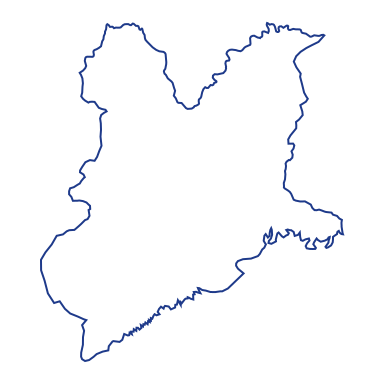 Dinguiraye, Dinguiraye, Guinea
{"feature_id": "49546643B8348239056405", "entity_name": "Dinguiraye", "entity_type": "district", "adm_level": 2, "iso_a3": "GIN", "parent_name": "Guinea", "parent_adm1": "Dinguiraye", "projection": "robinson", "projection_center": [-10.609, 11.571], "detail": "fine", "context": "isolated", "style": "outline", "palette": "blue", "viewbox_px": 384, "rotation_deg": 0, "n_neighbors": 0, "source": "geoboundaries", "source_scale": "gbopen_adm2", "svg_char_len": 5844}
<svg xmlns="http://www.w3.org/2000/svg" viewBox="0 0 384 384"><path d="M180.7,305.0L180.7,302.1L181.8,303.2L184.6,299.5L185.5,298.7L187.7,298.4L187.7,297.2L189.0,297.7L190.6,298.7L193.3,299.5L193.1,294.6L194.6,294.3L193.8,292.0L196.1,291.8L197.8,292.5L200.4,293.2L198.7,290.0L197.9,288.0L199.4,288.2L202.2,290.0L205.8,290.6L210.4,292.0L215.1,292.1L220.5,291.3L222.3,291.3L227.9,288.5L243.6,273.4L238.8,269.4L237.9,268.6L236.1,265.7L236.2,263.4L237.9,261.1L243.0,259.2L251.0,258.6L257.9,256.1L259.8,254.0L262.2,249.5L264.3,247.7L265.9,244.3L264.9,242.9L263.7,240.8L264.4,235.7L265.7,234.1L267.9,237.5L269.5,235.9L269.7,233.0L270.3,230.0L271.2,228.2L271.8,229.9L272.1,234.8L270.9,238.6L268.9,240.9L268.5,243.0L271.4,243.8L276.0,241.4L275.8,239.6L276.8,235.4L277.4,233.4L278.6,232.5L281.9,236.3L283.6,237.4L286.1,235.5L288.0,234.7L288.8,233.2L286.3,230.0L287.7,229.5L289.8,230.2L291.2,230.2L293.7,232.0L294.7,235.9L298.0,234.9L299.8,232.5L300.2,237.1L301.0,240.2L302.8,240.8L305.4,239.4L308.9,238.5L309.5,240.5L307.0,243.4L305.7,246.1L306.7,248.3L309.6,248.9L312.8,249.0L315.3,248.9L315.9,247.9L313.3,244.2L314.2,242.1L316.6,238.5L317.9,240.0L320.7,241.7L324.7,240.7L327.6,239.2L328.6,237.4L329.7,237.0L329.5,238.3L328.7,240.5L328.4,242.7L325.5,246.8L326.4,247.9L328.0,247.4L331.1,245.4L332.7,242.4L333.0,239.4L333.0,236.9L334.6,235.7L337.0,234.1L337.1,233.1L337.5,231.7L338.8,230.9L339.6,232.6L340.9,233.7L341.7,234.1L343.0,234.3L342.6,233.2L341.6,226.7L341.6,225.0L341.5,224.1L341.5,222.4L341.9,219.9L339.3,218.5L337.0,215.9L333.0,214.7L331.5,212.6L326.1,212.0L324.6,211.6L321.5,210.4L319.1,209.6L316.6,210.2L314.5,210.1L312.3,207.9L310.8,204.6L305.0,201.4L300.3,201.5L295.8,200.6L293.7,199.7L291.2,193.9L289.8,191.9L288.0,190.5L284.7,188.4L283.9,187.5L284.0,186.3L283.8,183.0L285.0,179.4L285.4,174.3L285.0,171.0L285.7,169.0L286.0,166.0L285.6,163.5L286.6,161.7L288.8,160.0L289.9,160.2L292.3,157.7L292.7,154.7L291.5,151.3L293.5,148.6L294.3,145.4L293.1,143.6L288.5,143.7L288.2,139.4L290.4,135.5L296.2,128.3L296.3,125.3L296.0,122.0L299.1,119.5L302.7,115.1L302.3,111.5L300.3,105.2L305.9,101.7L307.8,98.8L306.2,96.4L304.1,92.6L302.0,84.0L300.1,76.8L300.7,73.6L296.4,67.3L293.8,61.6L296.2,56.2L300.6,51.8L306.4,48.0L311.8,45.2L318.5,41.9L324.3,35.4L323.3,34.8L321.5,35.0L319.6,35.8L318.4,35.9L314.2,35.3L311.5,36.6L310.2,36.7L306.0,33.7L302.3,32.9L301.6,32.3L300.7,29.9L299.7,29.4L295.6,29.3L293.2,28.9L290.1,30.0L288.8,29.8L288.2,29.1L287.9,28.0L288.2,26.2L287.7,25.7L286.5,25.7L283.4,27.8L281.3,26.3L279.8,26.4L278.8,27.1L278.5,28.5L279.2,31.0L278.5,31.9L277.4,32.0L276.2,31.4L274.9,26.6L273.9,24.8L273.1,24.3L271.4,24.1L269.8,24.7L267.7,23.2L267.1,23.0L266.7,24.3L266.9,25.6L268.7,29.0L268.8,31.1L268.1,32.9L264.3,31.4L262.8,31.6L262.2,32.2L262.3,35.9L261.7,36.9L259.9,37.7L259.9,38.0L257.6,37.5L254.2,35.7L252.4,35.9L250.9,36.7L250.1,38.2L250.5,43.8L250.2,44.8L245.6,46.8L244.4,47.7L242.3,50.2L240.6,51.2L238.1,50.8L235.9,50.1L232.0,49.6L230.0,49.8L228.3,50.7L227.0,52.1L226.5,53.8L227.4,55.3L229.1,57.9L229.5,59.6L229.1,60.5L226.5,60.9L225.8,61.6L225.4,63.4L226.1,66.8L225.9,67.5L226.1,68.3L225.5,70.6L223.3,73.1L217.4,74.4L214.6,74.2L213.0,75.6L212.8,77.7L214.4,79.8L216.3,81.1L216.5,81.8L216.1,82.3L214.2,82.9L213.3,84.8L212.2,85.3L210.6,85.0L208.2,87.9L206.8,88.0L205.2,87.2L203.4,89.2L202.2,92.2L201.2,96.8L200.5,98.1L198.9,99.5L198.7,101.0L199.0,103.7L198.5,104.4L196.4,105.6L194.6,106.1L193.9,106.9L193.8,107.3L191.7,108.6L187.6,108.9L186.0,108.1L181.6,103.0L178.3,102.8L177.4,102.1L175.8,98.3L173.8,95.7L175.1,90.8L174.1,88.0L172.6,82.9L171.5,81.5L167.8,78.4L165.9,74.9L164.5,73.6L163.9,71.5L164.1,70.5L165.3,68.8L166.2,64.2L166.3,62.2L165.6,54.1L165.0,53.0L163.6,51.9L159.3,51.3L156.2,49.9L152.6,47.3L146.9,41.5L145.4,39.7L144.9,37.9L144.6,35.0L143.2,32.8L142.3,29.0L141.9,28.6L140.3,29.8L139.5,29.4L138.4,26.3L137.7,25.9L136.0,25.9L133.7,23.8L132.7,23.6L131.1,25.1L130.2,25.1L128.2,24.1L124.9,24.2L123.3,24.9L120.7,27.4L119.2,27.7L115.8,27.6L114.0,28.2L112.9,27.0L112.3,26.7L110.0,26.9L108.6,25.0L107.3,24.2L106.5,25.2L106.1,29.2L105.0,31.7L105.0,33.4L103.8,36.1L103.4,39.3L102.2,41.3L101.0,46.3L98.9,47.9L96.5,49.3L95.0,49.8L93.8,50.6L93.4,51.8L93.9,54.9L93.5,56.2L92.7,56.8L87.1,56.7L85.9,57.2L85.3,58.1L84.8,60.9L86.2,65.9L85.2,68.2L83.0,70.6L79.7,72.8L81.0,74.9L82.4,78.4L82.9,83.3L82.5,86.6L82.2,92.7L81.2,96.3L83.0,98.8L85.1,100.6L88.4,102.6L89.6,101.9L92.0,101.7L94.6,101.9L98.8,107.8L101.9,109.0L105.5,109.8L106.6,111.4L103.9,112.9L101.2,115.0L100.1,118.5L100.8,123.3L101.0,130.0L100.5,136.7L101.5,145.8L99.3,150.9L97.1,156.9L94.6,160.8L89.9,160.1L85.4,162.2L82.2,166.9L80.1,170.4L80.0,172.3L83.5,174.5L84.8,177.2L83.5,178.3L81.2,181.1L79.8,183.5L77.5,184.8L73.8,187.2L70.1,188.3L69.1,191.2L69.1,194.3L71.4,196.9L72.9,200.8L77.6,200.7L79.3,200.5L83.0,201.1L86.5,202.5L88.5,204.5L90.0,205.8L90.2,209.0L88.6,210.0L89.5,215.8L87.6,219.1L85.0,220.1L81.1,224.0L78.7,226.2L74.4,229.9L69.3,230.2L66.7,231.3L63.0,234.4L56.7,235.8L51.7,244.5L45.4,252.4L41.0,259.8L41.1,270.3L44.6,280.7L47.9,293.4L54.1,303.0L59.7,301.3L64.9,308.8L70.2,313.5L77.9,316.6L83.6,319.2L86.3,320.1L82.1,325.1L84.1,330.8L83.0,337.1L82.9,344.8L81.2,352.6L81.1,356.7L82.1,359.2L85.0,361.0L89.2,360.0L93.6,356.8L96.6,354.1L102.7,351.6L108.3,350.4L108.8,346.2L112.4,341.6L113.3,341.1L119.6,341.9L122.3,339.8L124.2,334.0L127.9,335.5L129.2,335.2L129.6,332.7L131.8,334.2L131.1,331.7L133.6,331.7L133.8,329.2L136.3,330.8L136.5,327.7L138.0,327.8L139.5,329.6L141.4,327.9L140.9,325.1L143.0,326.5L143.4,324.2L144.7,324.7L145.4,322.5L147.6,324.2L148.1,321.2L149.7,322.0L149.2,319.9L150.9,320.7L150.9,318.1L152.3,318.7L153.5,315.7L154.6,314.2L156.5,315.3L159.5,314.3L157.7,311.9L159.0,309.0L161.0,306.7L163.6,308.6L164.2,306.9L165.0,305.9L168.7,306.5L170.9,309.4L175.1,307.5L175.3,304.8L176.9,304.6L177.9,300.2L180.7,305.0Z" fill="none" stroke="#1e3a8a" stroke-width="2"/></svg>